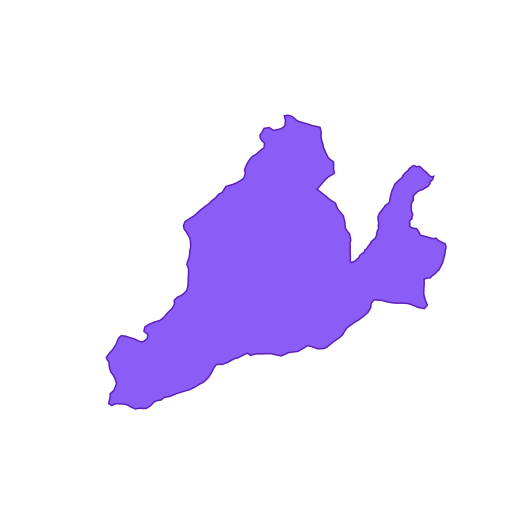 the district of Ugunja, Nyanza, Kenya, rotated 336°
{"feature_id": "3690345B50219798141587", "entity_name": "Ugunja", "entity_type": "district", "adm_level": 2, "iso_a3": "KEN", "parent_name": "Kenya", "parent_adm1": "Nyanza", "projection": "mercator", "projection_center": [34.363, 0.207], "detail": "fine", "context": "isolated", "style": "filled", "palette": "violet", "viewbox_px": 512, "rotation_deg": 336, "n_neighbors": 0, "source": "geoboundaries", "source_scale": "gbopen_adm2", "svg_char_len": 5869}
<svg xmlns="http://www.w3.org/2000/svg" viewBox="0 0 512 512"><g transform="rotate(336 256 256)"><path d="M280.6,368.2L283.6,368.1L287.1,367.2L291.0,366.0L294.8,365.3L298.8,364.6L302.9,363.3L306.7,360.5L310.3,358.5L314.0,357.8L318.3,356.7L323.7,356.2L329.2,354.9L335.2,353.1L339.5,350.1L342.3,345.8L346.1,344.1L352.7,347.6L357.7,351.7L362.0,354.5L366.1,356.7L371.9,359.2L375.4,361.2L378.5,363.8L382.8,368.6L388.4,372.6L392.6,370.6L392.7,365.3L393.7,359.2L396.1,354.0L398.0,350.6L400.2,345.4L405.0,346.2L406.5,346.9L408.0,346.1L409.9,345.4L411.7,345.2L413.9,344.4L415.5,343.5L417.1,343.3L418.3,342.4L419.7,341.3L421.1,340.2L422.1,339.4L423.3,338.5L424.5,337.1L426.0,335.2L427.1,333.9L428.0,332.8L428.9,331.7L429.9,330.2L430.6,328.8L431.5,327.5L432.6,326.3L433.2,324.9L433.7,323.3L433.5,321.3L431.8,319.8L430.5,317.9L429.2,316.4L428.5,315.1L427.9,313.1L426.4,312.6L425.0,312.2L423.7,311.3L422.6,310.3L414.4,303.6L414.7,301.8L414.5,300.3L414.2,298.0L413.8,296.2L412.6,295.6L411.3,294.9L410.3,294.0L409.2,293.0L408.5,291.0L409.9,289.0L409.8,287.4L411.5,286.1L413.6,285.5L414.1,284.1L415.0,283.1L416.1,281.9L416.2,279.0L416.7,276.8L417.5,275.1L418.1,273.6L419.2,271.5L420.4,270.1L422.3,269.3L423.0,267.5L423.6,266.3L424.1,265.2L425.4,264.4L427.3,263.9L428.9,263.1L430.9,262.8L432.5,262.7L433.9,262.9L435.4,263.1L436.8,262.8L438.8,262.6L441.1,262.4L442.7,261.7L444.2,260.7L445.1,259.4L446.4,258.6L448.5,258.1L449.4,256.8L450.7,255.5L448.9,255.3L448.0,254.4L447.0,252.7L445.9,249.6L445.3,248.1L444.1,245.7L443.6,244.5L442.8,242.6L442.2,241.2L441.1,240.2L439.3,240.0L438.2,238.9L437.1,237.6L435.5,237.6L433.8,238.0L432.5,238.2L431.0,238.8L430.0,239.6L428.5,240.1L426.8,240.5L424.9,241.3L422.9,242.3L421.3,243.8L419.5,244.4L417.7,244.7L416.1,245.5L414.5,246.0L412.2,246.7L410.7,248.2L409.3,249.5L408.0,250.5L407.0,251.4L405.8,252.8L404.8,254.1L403.7,255.5L402.4,257.2L401.6,258.3L401.1,259.5L400.2,260.6L398.5,261.7L396.3,262.2L394.6,262.4L393.3,263.3L391.0,264.6L389.7,265.4L388.5,265.9L386.9,266.7L385.2,268.1L383.7,269.4L382.7,271.0L382.4,272.4L382.0,273.7L381.7,275.5L380.5,277.3L379.9,278.5L379.4,279.8L378.8,281.3L377.5,282.0L375.7,284.2L374.9,285.9L373.6,287.1L371.9,288.5L370.5,288.7L366.5,290.1L365.5,291.2L362.4,292.8L359.8,294.4L358.1,294.9L356.2,296.7L354.1,296.8L352.5,297.3L350.9,297.8L350.0,298.7L348.9,299.5L346.8,300.0L344.8,300.8L343.0,300.8L340.5,300.9L340.0,299.0L340.8,297.5L341.5,296.1L342.3,294.1L343.1,292.1L343.7,290.5L344.3,288.8L345.1,287.5L345.9,285.9L346.5,284.0L347.0,282.7L348.1,281.4L349.1,279.8L349.7,277.6L350.1,275.6L350.4,274.1L350.0,272.4L349.5,270.4L349.0,267.7L349.3,266.2L349.7,265.0L350.1,263.6L350.5,262.4L351.0,261.0L351.3,259.5L351.6,257.6L352.1,255.1L351.5,252.7L350.9,250.8L350.4,248.9L350.0,247.1L349.8,245.5L349.8,243.5L350.0,241.7L350.0,240.1L349.3,238.8L347.9,236.9L346.3,234.3L345.5,232.7L344.8,231.2L344.3,229.8L343.5,228.5L342.8,227.2L341.9,225.7L341.1,224.0L340.3,222.6L339.8,221.3L338.9,219.9L340.6,219.1L342.3,218.3L344.0,217.4L345.4,216.8L346.7,216.1L348.0,215.6L349.5,214.9L350.9,214.3L352.5,213.7L353.9,213.2L355.8,213.0L357.7,212.7L359.6,212.6L361.5,212.0L361.8,209.9L362.3,208.0L363.0,206.5L363.9,204.5L364.7,202.9L365.0,201.3L363.7,199.1L362.5,197.1L361.9,195.4L361.9,193.8L361.8,191.9L361.7,189.6L361.8,188.2L361.7,185.9L361.8,184.2L362.3,182.6L362.6,180.7L362.7,179.5L362.9,178.0L363.4,175.2L364.2,173.0L365.0,171.3L365.6,169.9L366.2,168.4L366.5,166.6L366.8,164.5L365.7,163.5L363.9,162.3L360.7,160.0L359.5,158.9L357.3,156.8L356.1,155.7L355.0,154.9L352.6,152.9L350.2,150.8L348.7,149.3L348.0,148.0L347.4,146.8L346.0,143.6L342.6,140.4L339.0,139.4L338.0,144.2L335.6,148.6L333.3,149.5L330.1,149.8L327.9,149.4L323.1,148.4L320.4,144.1L315.3,142.7L311.8,145.4L310.5,146.2L309.0,146.9L307.9,149.8L308.0,151.5L308.4,153.3L309.7,156.6L307.1,160.6L304.8,160.9L301.4,161.9L299.9,162.4L297.9,163.1L293.8,163.5L291.8,164.1L289.8,165.1L286.7,167.1L283.5,169.7L280.6,172.5L280.3,174.0L279.9,176.2L277.1,179.4L275.0,180.4L270.6,181.0L268.0,181.3L264.3,181.2L262.5,181.0L260.7,180.7L256.7,180.3L250.8,184.3L247.0,184.3L242.8,186.4L238.0,187.6L234.1,189.1L229.2,190.1L226.8,190.8L223.5,191.5L220.0,192.8L218.0,193.5L215.8,194.1L210.2,194.9L205.3,195.7L203.6,197.2L202.0,198.8L201.3,202.5L201.8,204.0L202.1,205.6L202.7,210.4L202.7,212.7L202.4,215.0L200.9,219.0L200.4,220.3L199.5,222.0L197.3,224.8L195.6,228.3L194.2,230.3L191.7,232.8L190.4,234.4L189.4,235.6L189.2,240.2L187.4,244.2L186.6,245.8L185.6,247.7L183.4,252.3L181.1,256.4L178.6,259.4L175.0,260.8L172.6,261.5L167.4,261.7L163.2,263.2L162.1,266.7L159.5,268.7L158.3,269.5L156.9,270.2L153.8,271.4L152.2,272.0L150.4,272.7L147.2,274.5L142.6,275.7L140.4,275.6L137.2,275.1L135.6,275.0L133.9,275.0L130.0,274.9L125.7,275.6L123.0,279.1L125.3,284.0L122.7,287.4L119.3,288.2L117.7,288.2L116.1,287.9L113.6,285.2L111.3,282.4L110.1,281.4L109.0,280.5L106.7,278.4L104.5,276.4L100.6,274.0L98.1,274.7L96.6,275.5L95.5,276.6L92.4,279.7L88.9,282.0L87.4,282.9L85.9,283.7L81.8,285.5L77.9,287.9L78.0,291.0L78.6,292.9L77.0,297.3L76.5,299.8L76.2,302.9L77.0,306.4L77.4,310.5L76.7,315.8L73.5,319.1L71.9,320.6L70.6,321.3L66.8,322.4L65.1,325.9L61.3,330.9L62.7,332.8L63.3,334.0L66.8,333.8L69.9,334.8L71.0,335.4L75.3,337.8L76.9,338.7L79.2,341.4L80.1,342.8L83.5,346.6L87.9,347.8L89.3,348.5L90.8,349.4L93.9,350.6L98.3,350.0L102.9,348.2L105.2,347.8L106.9,347.9L110.7,348.9L114.4,347.9L120.1,349.2L127.6,349.4L133.3,350.0L137.6,350.6L139.6,351.0L141.6,351.1L146.8,350.9L151.5,350.2L156.9,349.9L162.5,347.9L167.1,345.1L171.9,341.2L175.6,339.0L179.2,340.4L181.0,341.3L186.9,341.7L191.2,341.3L193.6,341.1L194.8,341.1L198.5,341.7L203.8,341.3L208.6,341.3L210.9,344.7L214.0,345.0L215.5,345.2L220.0,347.1L225.4,349.3L229.9,351.3L233.0,353.7L238.5,357.6L245.8,357.5L247.4,357.7L255.5,360.2L262.1,359.5L264.5,359.2L266.7,358.8L270.4,361.8L274.9,366.1L280.6,368.2Z" fill="#8b5cf6" stroke="#5b21b6" stroke-width="1.5"/></g></svg>